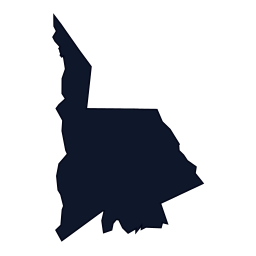 Lancaster, South Carolina, United States of America
{"feature_id": "52423323B10055621117527", "entity_name": "Lancaster", "entity_type": "district", "adm_level": 2, "iso_a3": "USA", "parent_name": "United States of America", "parent_adm1": "South Carolina", "projection": "orthographic", "projection_center": [-80.794, 34.767], "detail": "fine", "context": "isolated", "style": "filled", "palette": "ink", "viewbox_px": 256, "rotation_deg": 0, "n_neighbors": 0, "source": "geoboundaries", "source_scale": "gbopen_adm2", "svg_char_len": 1438}
<svg xmlns="http://www.w3.org/2000/svg" viewBox="0 0 256 256"><path d="M203.0,183.3L195.0,173.3L196.0,166.9L187.2,160.7L183.5,155.1L178.9,150.6L178.5,144.9L179.1,144.2L170.0,129.5L162.1,121.8L156.9,109.6L139.1,109.4L137.7,109.3L132.1,109.2L131.5,109.2L124.2,109.2L120.3,109.1L107.5,109.0L94.1,108.9L92.3,108.9L86.4,108.8L86.5,107.3L87.1,102.2L89.7,78.8L91.0,66.6L83.7,56.7L79.2,50.6L73.6,42.6L64.6,29.8L60.5,23.9L60.3,23.7L54.0,15.4L54.1,26.2L56.6,31.1L53.0,37.1L55.1,41.1L60.2,46.8L59.0,48.6L59.2,48.8L59.5,48.7L59.5,48.8L59.4,49.1L59.4,49.3L59.6,49.6L59.7,49.8L59.8,50.1L59.9,50.6L60.0,50.9L60.0,51.1L60.0,51.5L60.1,51.9L60.5,52.0L60.5,52.4L60.5,52.5L60.6,52.9L60.6,53.1L60.8,53.3L60.9,53.5L61.1,53.8L61.1,54.0L60.9,54.2L60.8,54.4L60.5,54.7L60.5,55.0L60.4,55.5L60.5,55.7L60.8,55.9L61.0,55.9L61.0,55.6L61.1,55.4L61.3,55.4L61.5,55.6L61.5,56.0L61.8,56.8L62.1,56.6L62.3,56.5L62.5,56.5L62.6,56.4L62.8,56.2L63.1,55.9L63.3,55.8L63.5,55.8L65.6,69.0L62.3,78.5L62.2,93.5L65.6,98.8L59.1,104.7L56.3,108.5L62.9,120.4L62.2,130.9L65.9,150.2L67.6,154.0L59.1,163.9L56.8,176.0L58.2,190.0L60.9,194.4L63.8,206.0L62.4,209.6L61.1,225.2L56.0,230.1L61.8,240.6L102.6,210.7L104.3,210.9L102.0,220.7L103.7,232.6L111.6,229.9L112.9,223.4L116.2,219.4L118.9,219.7L122.8,227.8L128.1,233.0L136.0,228.4L136.0,232.3L141.6,225.2L141.4,229.3L145.9,227.0L161.0,227.6L162.4,222.5L167.4,223.7L160.4,203.3L203.0,183.3Z" fill="#0f172a" stroke="#020617" stroke-width="1.5"/></svg>